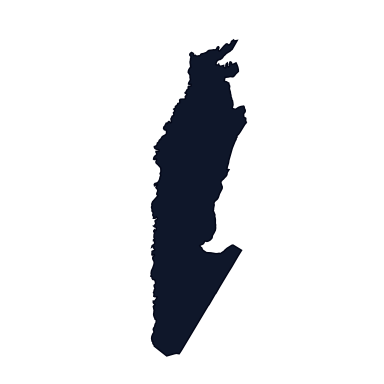 Kathiani, Eastern, Kenya (Equal Earth projection), rotated 212°
{"feature_id": "3690345B54323556821532", "entity_name": "Kathiani", "entity_type": "district", "adm_level": 2, "iso_a3": "KEN", "parent_name": "Kenya", "parent_adm1": "Eastern", "projection": "equal_earth", "projection_center": [37.316, -1.421], "detail": "fine", "context": "isolated", "style": "filled", "palette": "ink", "viewbox_px": 384, "rotation_deg": 212, "n_neighbors": 0, "source": "geoboundaries", "source_scale": "gbopen_adm2", "svg_char_len": 6109}
<svg xmlns="http://www.w3.org/2000/svg" viewBox="0 0 384 384"><g transform="rotate(212 192 192)"><path d="M165.8,84.4L165.6,82.6L165.9,79.4L167.0,79.0L166.5,78.0L165.7,77.4L164.0,77.1L163.5,76.6L164.0,75.6L164.1,74.4L161.9,72.1L161.1,72.0L161.2,70.9L160.6,70.1L160.1,68.7L159.4,67.5L157.8,66.0L156.9,65.6L156.0,64.6L154.9,64.7L154.2,64.1L153.2,62.2L153.2,60.5L152.3,57.9L152.4,56.1L152.0,54.9L149.8,53.0L150.0,51.3L149.7,49.2L149.4,48.0L148.7,46.5L147.3,44.9L146.7,44.3L146.0,44.5L145.2,43.2L144.4,42.6L142.8,42.0L142.3,41.3L126.6,39.6L121.1,45.7L119.7,47.0L117.2,48.0L117.1,51.6L118.1,103.9L117.9,105.6L118.3,117.6L118.1,118.7L118.4,125.8L118.7,142.3L118.7,149.5L119.1,162.5L119.1,168.8L129.1,168.7L129.9,168.0L132.4,162.9L133.3,160.0L133.4,158.9L135.3,154.7L136.5,154.4L137.5,153.4L139.1,152.3L143.7,150.4L147.3,148.4L148.1,148.2L152.3,148.4L154.3,149.8L155.6,149.8L157.0,150.6L156.7,151.6L155.5,153.2L155.0,154.2L155.0,155.2L155.1,156.2L155.0,157.4L153.2,158.0L152.4,158.8L151.3,160.6L151.0,161.7L150.7,163.7L151.5,165.6L151.7,166.7L151.7,168.6L152.0,171.9L152.9,174.0L153.6,174.9L154.6,176.7L155.6,177.7L157.6,181.0L158.8,182.4L159.5,182.9L160.7,185.0L162.0,185.8L162.8,186.6L163.9,186.8L164.4,188.4L165.2,189.8L166.3,192.7L167.2,193.7L167.7,194.5L167.8,195.8L167.6,196.9L166.9,199.0L166.8,200.2L166.9,201.5L167.8,205.0L168.3,210.8L168.7,211.7L169.1,212.4L171.8,214.5L173.1,216.1L172.8,217.3L172.8,218.4L172.3,219.5L171.9,222.0L171.6,222.9L171.5,224.5L171.7,225.5L172.3,226.7L172.5,227.7L172.5,230.5L174.5,229.7L175.5,232.3L176.5,236.0L177.6,238.5L181.1,250.5L182.4,257.7L182.5,259.9L183.1,261.2L182.9,262.3L183.8,263.7L183.2,265.3L183.0,268.7L183.1,277.4L182.8,278.8L182.9,280.0L183.6,280.2L184.3,280.9L185.5,283.0L187.9,283.0L189.8,285.9L189.5,286.9L189.5,288.1L189.8,289.0L190.5,289.8L192.0,290.7L192.7,291.7L193.7,292.2L195.8,290.4L197.1,288.8L197.7,287.7L198.4,286.0L199.2,285.0L202.1,284.2L202.7,285.3L203.4,287.6L204.7,289.3L206.1,290.9L207.3,291.5L207.9,292.3L209.7,293.7L210.2,294.6L211.7,296.0L212.4,297.0L215.1,299.4L216.0,301.5L217.0,302.5L217.9,302.6L218.4,303.8L221.2,303.7L222.3,303.3L223.5,303.2L224.8,306.7L221.9,309.0L220.9,310.1L218.3,311.4L217.7,313.0L217.5,315.3L216.6,318.8L217.5,320.2L219.3,322.1L221.5,323.8L223.1,324.8L224.3,322.8L225.7,321.3L226.4,321.7L227.1,322.6L227.8,322.8L228.6,322.6L228.4,321.3L227.8,319.9L226.9,318.7L227.2,317.4L228.3,317.4L229.0,318.1L229.4,319.0L230.4,320.1L230.8,319.0L230.5,317.6L229.2,315.4L229.6,314.6L230.7,314.6L231.5,315.1L232.2,316.1L234.4,313.7L235.5,313.6L236.5,314.0L237.1,314.5L237.3,313.5L238.0,313.0L238.9,312.7L239.5,313.2L240.0,314.4L240.2,315.9L240.1,316.9L239.5,318.3L238.3,319.4L237.5,321.2L237.3,322.5L237.3,324.1L236.7,326.0L236.3,328.1L235.8,328.7L235.3,330.0L234.5,331.3L234.1,332.9L233.6,334.2L234.0,344.4L235.7,342.9L236.6,342.5L237.3,343.0L238.3,340.7L237.9,339.2L237.9,338.0L238.2,337.0L238.6,336.1L240.7,336.2L241.4,335.7L242.2,332.7L243.1,326.9L243.5,326.0L244.4,326.0L245.0,326.5L245.8,328.9L246.5,329.2L247.2,328.4L247.0,325.5L248.4,324.3L249.3,323.9L249.9,323.2L252.6,321.1L253.4,319.5L253.6,318.1L255.7,315.4L256.8,314.5L257.5,313.4L257.3,312.3L257.9,311.3L259.0,310.6L259.8,309.6L261.7,309.7L262.7,308.6L263.4,309.2L264.0,310.0L264.8,310.2L266.3,310.1L266.8,309.0L266.9,307.7L266.2,306.8L265.1,306.5L264.4,306.1L263.8,304.2L263.1,302.9L262.7,301.6L262.0,300.5L260.6,299.0L259.2,297.1L259.5,296.0L259.5,294.4L259.2,292.8L258.6,291.5L256.0,290.3L255.3,289.7L254.3,288.0L253.0,286.7L252.7,285.7L252.6,283.0L252.2,281.8L251.5,281.8L250.8,282.4L249.9,282.8L249.2,282.1L249.2,281.0L250.9,279.8L250.9,278.9L250.2,278.4L249.5,277.6L250.2,276.8L250.4,275.4L250.0,274.1L250.5,272.7L249.9,272.1L249.2,272.4L248.3,272.3L247.9,271.6L248.3,269.4L247.1,267.9L247.5,266.8L249.7,265.4L251.0,264.4L251.2,263.4L250.1,262.0L249.7,261.1L250.2,260.2L250.9,259.5L250.6,258.5L250.8,257.2L251.4,255.8L250.5,254.7L251.4,252.6L250.4,252.3L249.4,251.5L249.7,249.3L248.5,248.3L248.1,247.2L249.0,245.7L248.7,244.4L248.6,242.8L247.3,241.5L246.4,240.2L246.8,239.3L248.9,239.6L249.3,238.5L249.1,237.0L250.3,236.8L250.2,234.9L250.0,233.6L250.3,232.3L249.9,231.0L249.3,230.6L248.6,230.2L247.8,230.3L247.0,230.7L246.3,230.4L245.6,229.8L244.9,228.6L244.5,227.6L244.7,226.6L246.5,223.3L246.5,220.4L247.1,218.5L246.7,216.8L247.3,215.1L246.7,213.9L246.8,212.5L247.2,211.4L248.0,210.6L247.5,209.9L246.6,209.4L245.8,209.3L244.7,209.5L242.6,210.3L241.9,209.8L241.8,208.6L243.0,208.2L244.0,207.3L243.4,206.5L242.5,206.1L241.8,205.4L241.9,204.2L242.5,202.6L242.6,201.6L242.4,200.5L242.0,199.5L241.3,199.5L240.7,200.0L240.4,201.2L239.6,201.1L238.9,200.0L238.5,198.3L237.5,197.5L235.5,197.2L231.7,196.1L230.9,195.4L229.2,193.0L228.7,190.6L227.9,190.1L227.2,189.4L227.0,187.9L226.1,185.4L225.9,183.4L226.1,181.8L227.0,180.5L227.9,179.6L228.0,178.5L227.1,177.5L225.7,180.1L224.9,179.8L225.1,176.9L224.2,176.3L223.2,176.2L222.4,175.7L221.5,174.7L221.1,172.2L220.4,171.2L219.5,171.3L218.9,170.7L220.2,162.8L219.7,160.5L218.7,159.3L218.3,157.7L216.9,156.4L216.3,155.6L215.9,154.7L214.4,154.2L213.7,153.4L213.1,151.7L212.3,151.1L211.3,150.9L210.8,149.3L209.4,150.2L209.0,152.1L207.1,151.0L207.0,150.1L207.8,148.9L208.0,147.9L207.4,147.2L206.6,146.8L206.0,146.0L206.0,143.4L206.5,142.8L205.3,142.6L204.4,142.9L203.4,142.9L202.7,141.6L202.1,140.2L202.9,139.6L203.7,140.1L203.9,139.0L203.4,138.1L202.4,137.8L201.8,137.0L201.6,135.9L200.3,133.5L199.4,132.9L198.8,132.2L199.3,131.0L198.8,130.2L197.6,130.7L197.2,129.7L196.5,128.9L196.3,127.6L197.0,126.2L197.3,125.3L196.9,124.0L196.4,125.1L195.5,125.4L195.0,124.2L193.9,123.9L193.2,123.5L192.9,122.6L193.8,121.5L194.4,120.5L193.4,118.9L193.1,118.0L192.3,117.4L191.5,118.5L190.9,119.0L190.2,118.4L190.3,117.5L190.7,116.1L190.1,114.9L189.4,114.2L187.6,113.2L186.6,112.1L185.9,110.6L185.6,109.4L185.0,106.9L184.6,103.8L183.6,101.4L182.9,100.8L182.5,100.0L182.3,98.8L180.8,98.7L180.0,97.6L178.9,97.1L177.2,97.7L176.2,97.1L174.5,95.4L174.3,94.2L174.7,92.9L174.0,91.9L172.1,90.5L172.1,89.0L171.5,87.5L171.3,86.2L170.3,85.8L169.1,83.3L168.0,83.5L166.9,84.2L165.8,84.4Z" fill="#0f172a" stroke="#020617" stroke-width="1.5"/></g></svg>